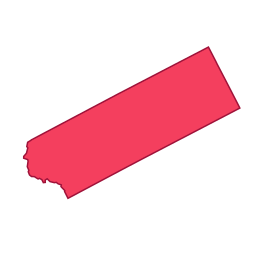 Beaver, Utah, United States of America, rotated 152°
{"feature_id": "52423323B8747070342257", "entity_name": "Beaver", "entity_type": "district", "adm_level": 2, "iso_a3": "USA", "parent_name": "United States of America", "parent_adm1": "Utah", "projection": "orthographic", "projection_center": [-112.824, 38.36], "detail": "fine", "context": "isolated", "style": "filled", "palette": "rose", "viewbox_px": 256, "rotation_deg": 152, "n_neighbors": 0, "source": "geoboundaries", "source_scale": "gbopen_adm2", "svg_char_len": 708}
<svg xmlns="http://www.w3.org/2000/svg" viewBox="0 0 256 256"><g transform="rotate(152 128 128)"><path d="M213.7,104.2L213.2,102.4L213.8,101.7L214.0,94.1L202.9,94.1L146.7,94.1L128.6,94.0L19.9,93.1L19.8,97.2L19.8,97.8L19.7,104.9L19.5,120.3L19.3,143.0L19.2,145.4L19.0,161.7L120.0,162.7L218.9,162.9L219.6,162.7L223.3,162.5L226.1,159.1L225.8,157.5L229.5,153.4L233.4,151.9L234.3,150.3L231.4,147.2L231.8,145.6L235.1,141.1L235.4,137.3L236.6,136.2L237.0,132.8L236.0,130.5L233.5,129.0L231.3,125.2L229.8,125.1L228.3,122.8L228.4,119.5L226.6,118.8L225.5,120.9L223.2,121.1L222.0,117.3L218.7,114.3L216.9,113.7L215.9,111.5L213.6,109.1L214.7,107.7L213.7,104.2Z" fill="#f43f5e" stroke="#9f1239" stroke-width="1.5"/></g></svg>